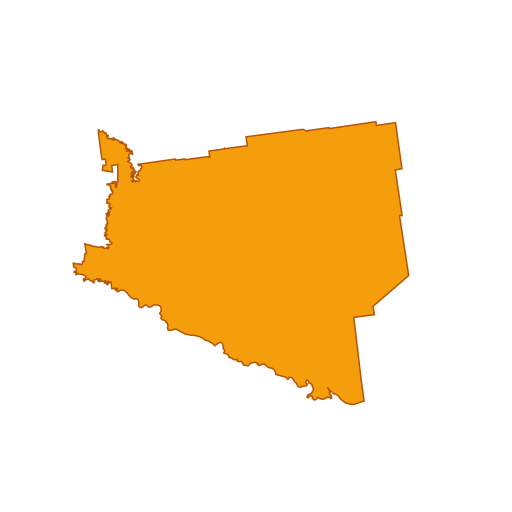 outline of Leales, Tucumán, Argentina, rotated 340°
{"feature_id": "61730980B91056584985438", "entity_name": "Leales", "entity_type": "district", "adm_level": 2, "iso_a3": "ARG", "parent_name": "Argentina", "parent_adm1": "Tucumán", "projection": "mercator", "projection_center": [-65.262, -27.202], "detail": "fine", "context": "isolated", "style": "filled", "palette": "amber", "viewbox_px": 512, "rotation_deg": 340, "n_neighbors": 0, "source": "geoboundaries", "source_scale": "gbopen_adm2", "svg_char_len": 6095}
<svg xmlns="http://www.w3.org/2000/svg" viewBox="0 0 512 512"><g transform="rotate(340 256 256)"><path d="M423.0,223.9L432.7,178.4L413.8,174.5L414.6,170.8L368.3,161.3L368.5,160.3L347.5,155.9L346.9,156.3L343.6,153.2L342.1,152.7L287.4,140.6L285.7,149.4L263.2,144.5L263.1,144.1L262.8,144.5L247.7,141.3L246.4,147.3L245.7,147.1L245.8,146.4L222.2,141.2L222.3,140.4L213.2,138.4L213.5,137.3L176.5,129.5L176.3,130.2L177.2,131.2L178.9,131.3L179.3,133.4L178.7,134.1L177.4,134.5L176.4,136.3L174.6,136.1L173.4,137.9L173.1,139.9L171.5,139.2L170.3,140.6L170.2,141.5L172.3,143.8L172.4,145.0L171.1,145.6L169.7,145.1L169.7,144.5L168.1,145.0L168.2,144.1L167.6,143.6L165.5,144.2L165.0,143.8L165.3,142.9L166.8,143.0L167.3,142.2L166.8,140.2L165.5,139.2L166.2,138.5L167.1,139.8L168.3,139.9L168.7,139.5L168.4,138.6L169.1,137.6L168.8,136.5L167.9,137.9L166.5,137.2L167.6,134.9L169.0,135.2L169.0,136.1L170.1,137.4L170.7,137.0L170.3,136.1L171.4,136.3L172.0,135.9L171.1,135.4L171.4,133.9L169.9,133.7L171.0,132.3L171.0,131.0L170.2,130.2L169.5,131.2L168.7,130.7L168.5,129.0L170.6,128.1L170.7,127.1L169.3,124.7L167.8,123.8L167.7,123.3L170.5,122.5L170.4,121.4L169.4,120.0L170.5,119.9L170.6,118.7L171.4,117.0L172.8,116.7L174.1,117.3L174.5,118.2L175.0,118.1L174.8,116.9L175.4,115.0L174.7,114.5L173.6,115.2L172.7,114.5L173.7,113.4L173.5,112.4L172.8,112.5L171.5,113.5L170.4,113.3L172.3,111.3L172.1,110.9L170.7,111.3L170.0,110.7L171.4,109.2L172.1,106.7L171.6,106.4L170.8,107.0L170.2,104.6L168.9,104.7L167.6,103.5L169.1,103.3L169.1,102.6L166.7,102.3L166.4,100.4L163.9,98.5L162.4,98.4L163.3,97.3L162.6,96.1L161.9,96.3L161.7,97.6L160.9,97.7L160.2,97.2L159.9,95.9L157.5,95.3L156.7,94.3L157.6,93.5L156.7,92.3L157.3,92.0L157.9,92.6L158.3,92.0L157.1,91.2L156.5,89.8L157.1,89.1L155.6,88.7L155.6,86.9L154.5,85.8L153.3,86.7L151.5,85.5L151.5,82.8L150.0,86.3L144.6,111.2L144.4,112.8L147.5,113.3L146.6,118.5L145.4,119.5L143.4,118.3L140.9,123.0L149.9,128.0L151.4,121.6L157.4,122.9L152.5,136.1L151.7,139.2L150.9,139.2L148.3,143.7L147.6,142.8L148.5,139.9L149.7,138.8L149.4,138.2L148.4,138.3L148.3,137.7L147.1,138.8L146.6,138.7L146.7,137.3L146.0,137.2L145.8,138.5L140.5,137.5L140.3,138.2L142.9,139.1L142.6,140.2L143.4,140.6L142.4,143.9L143.1,144.0L142.8,145.8L143.5,146.0L142.9,146.8L142.8,148.2L139.6,148.4L139.3,149.8L138.1,149.6L138.4,151.0L137.6,152.3L135.3,151.7L134.5,154.2L133.7,155.1L134.2,155.6L135.7,155.9L136.4,156.7L136.6,157.8L135.4,157.7L134.7,159.7L135.1,161.3L135.7,161.3L135.9,160.7L136.5,161.3L135.8,161.3L135.8,162.0L132.9,162.3L132.7,163.8L131.3,164.6L132.0,165.0L133.4,164.8L132.4,166.1L131.6,165.7L131.7,166.8L130.9,166.9L131.0,166.4L130.6,166.6L130.5,165.9L129.7,165.3L129.7,166.6L131.3,167.8L128.8,168.3L128.0,169.7L128.3,171.0L127.7,173.4L128.1,174.2L127.7,174.7L126.1,175.0L126.6,176.3L125.4,176.7L125.5,177.4L123.8,177.8L123.4,179.1L124.1,179.4L124.1,180.0L125.1,179.9L125.1,180.2L124.5,181.3L123.7,181.2L123.2,182.0L122.3,182.2L122.2,183.1L122.8,183.4L122.4,183.9L120.9,184.3L120.5,185.1L121.1,185.8L122.4,185.7L121.5,186.4L121.7,187.1L121.0,188.7L121.6,189.3L123.7,189.9L123.6,192.8L125.0,194.0L125.0,194.7L124.4,195.6L119.9,194.3L120.9,196.1L119.9,197.3L120.3,197.8L119.7,198.5L118.7,197.2L118.4,197.8L116.5,197.0L115.7,196.2L114.9,196.2L114.7,195.7L115.5,195.3L114.6,194.6L111.7,194.1L108.9,192.8L108.0,191.9L106.5,191.6L105.3,190.2L103.3,188.8L102.9,189.0L99.3,185.9L97.6,195.6L96.1,195.3L92.4,202.4L91.0,201.9L89.8,204.4L89.3,204.6L87.8,203.2L87.1,203.5L86.1,202.4L83.7,201.9L82.9,200.5L81.8,200.3L80.9,204.2L82.8,205.5L82.1,208.4L81.6,209.9L80.6,208.9L79.9,208.3L79.3,209.9L79.8,208.9L80.5,208.9L81.0,210.2L80.5,211.9L82.6,211.5L83.0,212.4L84.3,212.6L88.7,215.9L89.1,217.6L87.1,218.6L86.1,218.5L85.6,219.9L86.0,221.0L86.7,220.7L87.5,219.4L88.4,220.2L91.0,220.4L91.7,222.4L93.5,223.5L93.5,224.3L94.3,225.6L95.0,225.4L94.8,224.3L95.8,223.1L97.0,223.5L98.6,223.0L101.5,224.1L102.1,225.0L101.7,225.7L100.8,224.8L99.9,225.1L99.4,224.4L98.9,225.2L99.8,226.4L101.3,226.5L104.1,227.7L106.2,227.7L106.0,228.9L104.6,229.3L105.0,229.9L106.4,230.3L106.3,231.9L107.3,231.4L107.2,230.0L107.9,229.0L108.6,229.3L108.9,230.3L108.1,231.4L109.9,230.8L110.9,231.0L109.3,237.1L110.7,237.9L112.7,237.8L113.0,238.5L112.1,239.6L112.2,240.0L114.5,239.4L113.3,242.1L115.6,242.2L117.1,241.6L120.3,243.1L122.2,246.4L123.4,250.3L124.6,252.6L127.1,255.1L128.2,254.9L129.7,255.7L130.2,256.9L130.2,258.8L128.6,262.8L129.4,264.5L131.0,265.4L135.2,264.1L136.4,264.9L137.5,267.1L138.3,267.5L140.3,267.8L143.7,266.9L147.9,269.2L148.9,270.7L149.0,272.6L147.8,275.5L145.8,277.0L147.0,280.4L145.7,281.3L145.4,282.4L146.0,283.8L149.1,286.1L148.7,287.3L149.7,289.1L149.4,291.8L148.2,293.0L148.2,295.8L150.6,296.7L155.7,297.2L162.9,305.2L167.8,308.2L170.8,309.4L174.8,312.1L177.7,314.9L179.8,318.1L181.2,318.7L185.2,323.2L186.6,326.2L190.8,325.0L192.9,324.9L193.8,325.4L194.6,327.5L193.6,331.9L194.2,333.7L193.8,335.0L192.6,335.8L192.6,336.3L195.7,338.7L196.4,341.5L196.0,342.1L198.9,344.1L199.2,345.4L200.8,346.4L203.1,346.7L202.4,348.3L204.2,349.7L205.8,349.7L206.9,352.3L206.9,354.1L211.1,356.5L214.4,354.8L218.9,355.6L221.1,357.8L220.3,358.2L221.3,360.1L224.0,359.8L226.8,360.3L229.5,365.0L233.0,367.2L234.1,369.0L234.6,372.1L234.1,373.9L234.5,374.4L242.3,379.9L243.8,382.8L244.7,382.6L245.3,381.5L245.9,381.2L248.4,382.9L249.2,387.3L250.5,389.6L250.6,392.4L251.8,393.9L253.2,394.5L254.8,394.3L259.2,395.3L260.3,394.1L260.0,394.1L259.7,391.9L260.0,390.9L261.0,390.1L262.1,390.5L262.7,393.7L264.5,395.5L264.3,401.4L261.3,403.9L257.2,404.3L255.7,405.7L255.8,406.5L256.4,407.1L258.5,406.1L260.4,406.5L260.9,407.4L260.2,409.1L261.7,411.3L263.0,411.4L265.5,410.1L268.9,413.1L270.0,413.1L270.6,413.7L274.7,413.2L275.7,413.9L277.1,413.9L277.5,414.7L277.3,415.4L278.2,415.6L279.0,413.8L278.8,411.7L278.3,411.8L278.1,411.2L278.2,409.7L279.0,409.5L278.3,403.7L279.4,407.6L281.2,410.1L281.7,411.8L283.3,412.9L285.3,415.2L286.7,419.5L289.8,424.6L293.3,427.2L296.3,428.7L298.4,429.0L308.0,429.2L312.2,409.5L326.9,347.1L347.1,351.6L348.8,343.3L392.8,326.6L404.7,266.9L407.1,268.0L416.3,222.8L423.0,223.9Z" fill="#f59e0b" stroke="#b45309" stroke-width="1.5"/></g></svg>